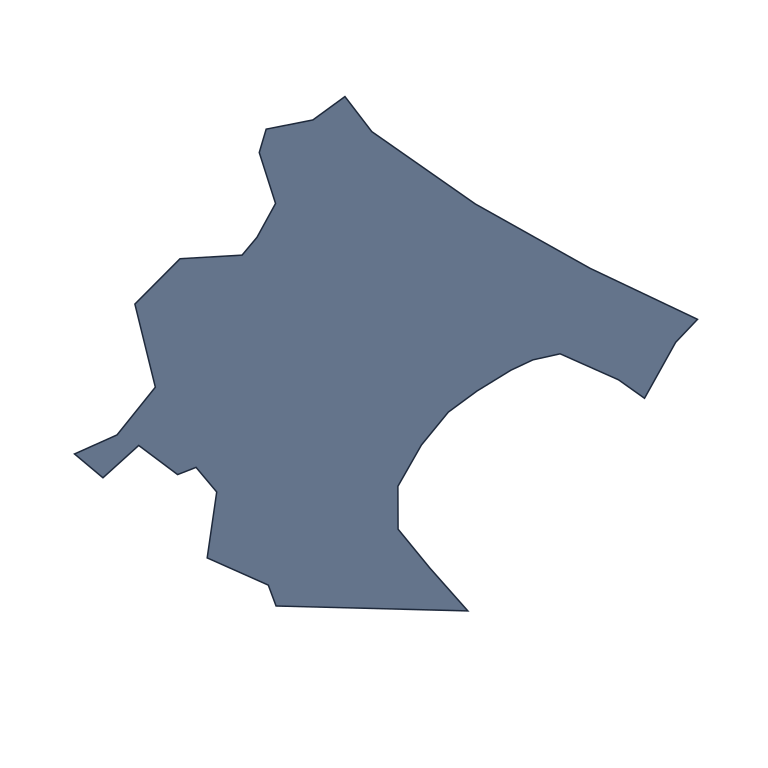 map outline of Stockton-on-Tees (Natural Earth projection), rotated 24°
{"feature_id": "GBR-2033", "entity_name": "Stockton-on-Tees", "entity_type": "Unitary Authority", "adm_level": 1, "iso_a3": "GBR", "parent_name": "United Kingdom", "parent_adm1": "", "projection": "natural_earth1", "projection_center": [-1.341, 54.544], "detail": "fine", "context": "isolated", "style": "filled", "palette": "slate", "viewbox_px": 768, "rotation_deg": 24, "n_neighbors": 0, "source": "natural_earth", "source_scale": "10m", "svg_char_len": 650}
<svg xmlns="http://www.w3.org/2000/svg" viewBox="0 0 768 768"><g transform="rotate(24 384 384)"><path d="M129.7,573.8L160.8,539.1L176.4,479.9L123.9,412.3L146.7,352.5L201.9,324.0L208.3,301.6L211.5,263.2L175.9,223.3L175.1,217.4L172.7,199.1L211.6,171.7L231.4,137.3L270.2,158.4L394.2,182.4L525.3,194.5L644.1,197.4L633.5,227.3L627.8,291.1L596.6,284.8L558.2,284.8L532.6,284.8L510.2,301.4L494.3,319.8L471.8,352.6L454.2,383.5L443.0,424.5L438.3,471.8L455.9,510.9L500.8,533.5L552.9,557.2L375.7,630.7L360.1,614.8L293.2,614.8L275.1,550.7L246.2,536.6L232.3,550.7L184.9,539.9L165.4,584.0L129.7,573.8Z" fill="#64748b" stroke="#1e293b" stroke-width="1.5"/></g></svg>